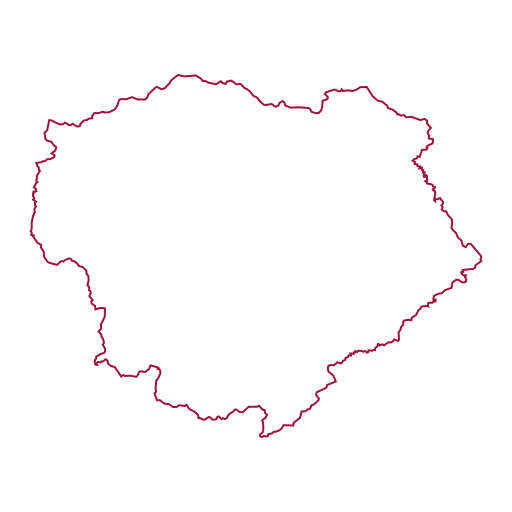 San Sebastián De Mariquita, Tolima, Colombia (orthographic projection)
{"feature_id": "7082276B37284243870531", "entity_name": "San Sebastián De Mariquita", "entity_type": "district", "adm_level": 2, "iso_a3": "COL", "parent_name": "Colombia", "parent_adm1": "Tolima", "projection": "orthographic", "projection_center": [-74.901, 5.227], "detail": "fine", "context": "isolated", "style": "outline", "palette": "rose", "viewbox_px": 512, "rotation_deg": 0, "n_neighbors": 0, "source": "geoboundaries", "source_scale": "gbopen_adm2", "svg_char_len": 5958}
<svg xmlns="http://www.w3.org/2000/svg" viewBox="0 0 512 512"><path d="M49.2,120.2L47.2,130.2L44.5,132.9L45.5,139.1L47.2,140.7L51.3,141.7L53.7,145.1L56.3,147.2L55.2,150.6L51.6,153.4L54.6,155.3L54.1,157.1L50.2,159.1L47.3,159.1L44.8,161.3L42.8,161.2L41.4,162.2L36.4,162.9L37.5,166.2L38.6,167.2L39.0,170.6L39.9,170.9L36.8,175.9L37.0,177.9L36.2,180.4L37.4,182.1L36.4,182.6L33.9,187.5L35.8,188.6L36.4,191.1L35.3,191.7L33.8,191.4L33.2,192.1L33.8,193.3L33.0,194.0L33.0,196.2L34.3,198.2L33.1,199.6L36.0,201.7L34.9,202.9L35.1,205.1L36.0,206.4L34.4,208.9L34.8,212.7L33.9,213.3L34.1,214.4L33.1,215.7L31.7,222.6L31.7,228.9L30.7,231.3L31.8,232.8L31.3,235.1L33.7,235.4L33.2,236.7L37.5,242.8L41.2,244.9L40.9,247.4L43.8,252.0L44.1,256.8L47.2,261.3L49.0,262.7L57.0,264.9L60.6,261.6L61.6,261.1L63.4,261.5L65.2,259.9L69.4,258.4L71.3,259.5L71.8,260.7L74.7,261.5L77.5,263.8L78.4,265.4L80.2,266.6L82.0,266.6L86.3,270.5L86.6,273.8L88.5,276.4L88.6,280.8L87.4,285.2L88.9,286.7L89.4,288.1L89.0,290.2L90.3,291.1L90.8,292.8L89.4,296.2L92.6,300.1L91.4,301.4L91.6,303.5L95.0,306.0L95.5,309.4L100.1,307.9L104.6,308.2L105.0,309.1L104.7,316.8L100.9,324.6L101.1,328.6L98.6,331.5L101.3,334.9L101.7,337.2L102.9,338.6L104.0,342.8L102.7,344.8L105.0,348.3L105.2,351.4L104.1,352.9L100.1,354.2L96.1,356.9L96.2,358.5L95.2,359.5L94.6,362.0L95.6,364.7L97.1,364.9L96.3,363.5L97.7,362.1L101.1,362.2L101.5,361.4L102.4,361.6L104.4,360.5L105.1,359.4L106.3,359.5L107.8,361.2L107.8,363.4L110.9,366.0L114.7,367.0L121.2,376.5L123.0,375.1L125.1,375.9L130.7,375.7L136.3,376.8L137.4,375.8L139.4,371.7L140.9,371.3L145.2,372.0L148.9,369.2L150.5,365.4L158.3,367.6L157.8,368.9L159.4,369.2L160.2,370.3L160.4,373.3L158.1,378.5L156.3,380.4L155.6,387.4L156.0,391.9L154.5,393.4L157.0,400.3L159.9,400.2L164.4,403.6L168.9,404.0L173.0,407.0L176.9,406.9L179.2,405.2L184.5,406.0L186.6,404.8L189.3,409.1L194.8,411.9L197.9,414.8L198.6,418.2L199.8,417.9L202.7,419.5L204.7,419.7L208.8,417.0L210.6,417.6L212.3,419.6L213.8,419.7L216.5,419.0L217.4,416.9L218.9,416.4L221.5,419.1L223.0,418.2L225.3,419.1L226.9,417.9L228.2,415.3L230.9,412.8L232.9,411.9L234.7,409.6L236.3,409.5L239.7,412.1L243.0,412.0L248.7,406.8L257.2,406.7L259.2,405.8L262.5,409.6L264.6,410.0L265.0,412.9L267.1,414.7L265.6,417.7L262.2,420.2L263.0,422.8L263.4,428.5L262.6,432.4L259.7,434.9L260.8,436.8L262.0,437.0L263.6,436.0L266.6,436.5L268.0,435.9L268.3,434.1L271.9,433.5L273.8,431.7L275.4,431.8L279.0,430.5L281.4,428.8L283.5,425.2L293.3,425.5L293.7,422.6L300.0,417.9L301.6,411.4L305.6,411.3L307.6,409.5L310.1,408.7L311.5,405.3L313.7,404.7L318.6,400.0L318.9,398.5L316.2,395.2L316.3,393.1L317.2,392.0L326.3,387.7L327.2,385.0L335.8,381.5L333.4,375.6L328.4,371.5L327.8,367.4L328.7,365.6L331.4,365.0L333.9,365.3L337.4,362.3L340.5,363.4L341.8,362.9L343.2,360.6L345.3,359.9L345.6,357.9L347.8,357.2L348.5,355.4L350.9,355.6L350.4,353.4L353.7,353.9L353.8,352.4L355.1,352.5L355.3,351.1L357.2,352.0L358.0,350.8L360.9,350.8L363.4,351.7L365.0,350.9L366.9,352.6L368.1,352.1L368.5,350.2L371.9,350.8L373.2,349.9L375.0,350.0L375.2,348.0L377.3,346.3L378.0,344.0L379.2,344.3L379.7,345.4L382.4,344.3L384.0,345.4L388.5,342.2L390.4,342.6L392.6,341.6L394.2,339.4L398.1,341.0L399.0,339.6L398.6,332.3L400.3,330.0L401.4,326.5L403.2,324.6L403.2,321.8L403.9,320.6L408.3,319.8L411.3,320.3L411.7,317.8L416.2,314.8L418.5,310.0L420.0,309.2L421.6,306.5L426.8,305.9L428.3,306.4L427.8,304.7L428.4,302.8L432.4,302.7L433.0,301.8L435.5,301.4L435.5,299.6L433.8,300.1L433.3,299.3L434.0,295.8L438.6,293.7L441.5,293.4L445.1,290.1L451.6,287.8L452.2,282.8L456.3,279.6L458.9,280.1L462.3,282.4L465.4,282.1L466.2,281.0L466.2,278.8L464.9,277.2L465.9,275.4L463.1,275.1L461.2,272.8L461.6,271.8L463.2,271.8L462.8,270.0L473.7,268.8L475.2,267.5L475.5,265.2L481.3,261.1L480.5,259.6L481.2,256.9L480.7,255.6L471.1,244.2L469.9,243.7L467.9,244.0L465.7,247.2L462.8,245.6L461.5,240.7L457.9,237.4L456.0,233.0L452.9,230.1L451.5,227.8L452.2,223.1L451.9,219.3L447.9,215.1L446.2,211.3L444.0,211.3L441.7,209.6L442.7,207.4L441.4,205.4L443.1,203.2L443.0,201.8L439.9,198.0L438.1,199.0L435.0,199.4L435.2,201.2L434.1,200.4L435.3,192.9L434.7,191.1L433.2,190.3L432.8,189.2L434.6,188.4L434.9,187.1L433.0,186.5L432.6,185.0L431.5,184.4L426.8,183.4L427.1,182.1L425.4,181.2L427.3,180.0L426.8,175.5L426.0,175.1L424.9,176.9L423.9,176.9L423.8,174.1L424.7,172.4L422.9,172.3L423.3,170.2L421.8,169.8L421.9,167.7L419.4,168.4L420.2,166.4L417.4,166.2L417.3,164.4L414.6,164.0L415.1,162.0L412.6,160.7L414.1,159.2L416.8,158.4L417.6,156.2L419.7,156.9L422.0,149.9L426.3,149.6L427.4,148.5L426.7,147.4L427.4,147.3L427.4,145.8L432.1,143.7L433.0,142.3L432.7,138.8L429.2,138.8L428.6,137.8L429.3,135.8L427.7,133.6L428.0,131.2L430.8,127.9L427.1,123.4L427.0,120.7L424.8,118.9L420.3,120.0L411.6,116.9L406.1,117.3L403.9,115.1L400.9,115.6L399.1,114.3L397.4,114.5L396.3,112.4L392.3,109.5L388.1,108.1L387.1,105.7L382.5,101.8L377.6,100.5L372.5,96.0L366.7,87.0L360.1,87.2L356.6,89.6L352.3,91.1L348.0,90.3L343.1,91.1L341.7,89.3L340.9,90.9L339.2,91.5L334.4,89.5L325.8,92.4L324.9,94.0L327.7,96.9L327.9,98.1L326.5,99.5L322.5,100.8L322.3,106.4L321.4,109.8L319.2,112.7L316.2,113.3L311.7,111.9L309.7,108.7L308.5,108.0L299.5,107.3L290.4,107.6L285.4,105.5L283.9,101.9L282.7,101.1L279.4,103.0L278.3,105.6L275.4,106.8L271.7,104.0L265.9,105.0L263.9,104.7L260.2,101.7L257.2,97.7L253.4,95.8L249.9,91.5L247.3,89.3L244.6,88.1L241.3,84.5L240.1,83.9L236.2,84.3L233.1,81.6L230.8,80.6L226.9,81.6L225.6,83.9L222.4,82.9L220.7,81.2L216.2,84.2L208.9,82.8L205.2,81.0L202.5,80.9L201.0,78.7L195.7,75.4L184.6,76.4L177.9,75.0L170.8,80.7L170.1,82.5L164.8,88.2L161.6,89.3L157.0,87.0L155.9,87.2L148.6,94.0L147.4,97.2L145.4,99.4L137.9,99.5L132.0,97.2L126.4,99.2L120.3,99.1L119.0,100.4L117.4,105.4L114.8,109.5L108.8,112.3L105.1,112.5L102.9,111.8L98.2,113.2L94.4,113.0L92.2,115.9L92.2,118.2L88.3,118.8L87.1,119.9L83.7,120.6L80.2,124.2L80.2,125.7L79.3,126.3L76.7,126.5L72.8,123.7L70.8,125.1L69.5,125.2L65.0,122.6L62.7,124.3L59.8,124.5L51.0,120.3L49.2,120.2Z" fill="none" stroke="#9f1239" stroke-width="2"/></svg>